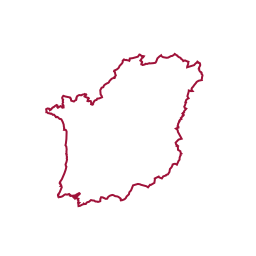 outline of Gorey Lea-6, Wexford, Ireland, rotated 150°
{"feature_id": "5873133B62102749120694", "entity_name": "Gorey Lea-6", "entity_type": "district", "adm_level": 2, "iso_a3": "IRL", "parent_name": "Ireland", "parent_adm1": "Wexford", "projection": "robinson", "projection_center": [-6.324, 52.694], "detail": "fine", "context": "isolated", "style": "outline", "palette": "rose", "viewbox_px": 256, "rotation_deg": 150, "n_neighbors": 0, "source": "geoboundaries", "source_scale": "gbopen_adm2", "svg_char_len": 5840}
<svg xmlns="http://www.w3.org/2000/svg" viewBox="0 0 256 256"><g transform="rotate(150 128 128)"><path d="M38.8,134.4L38.5,135.0L37.3,136.1L37.0,137.1L37.3,138.2L37.0,138.8L36.7,138.9L36.7,139.7L37.4,140.7L37.5,142.3L36.8,143.6L37.1,144.0L35.9,145.0L34.3,146.0L33.7,147.0L33.4,148.1L33.7,148.3L33.8,148.9L34.5,149.2L34.4,150.1L34.7,150.8L35.7,150.3L37.3,150.1L39.3,149.4L46.4,151.0L45.8,151.8L43.8,153.4L43.3,154.4L42.5,155.1L43.3,156.0L44.1,156.9L44.5,157.7L45.1,158.1L46.7,158.3L46.7,159.8L47.4,161.2L47.4,162.2L48.0,163.4L48.4,163.7L49.2,165.5L49.0,166.0L49.8,167.2L50.5,168.8L51.6,168.4L53.6,168.3L54.9,168.8L58.1,168.9L59.6,169.6L62.3,171.9L62.6,172.7L63.1,173.4L63.2,174.1L63.1,174.4L65.2,174.2L67.7,173.6L70.5,171.3L71.6,170.8L73.4,171.4L76.8,173.0L77.3,173.3L77.3,173.5L79.4,173.9L80.8,174.9L81.6,174.6L83.8,175.2L84.0,175.4L84.1,176.1L84.6,176.5L84.4,176.8L84.1,176.8L83.7,177.5L83.1,177.6L82.7,178.3L83.1,179.4L83.6,180.1L83.6,180.3L82.3,180.7L81.6,181.3L80.9,181.6L79.6,181.6L78.4,182.2L79.3,183.0L80.2,183.4L80.8,185.3L81.4,185.9L83.8,184.8L89.1,186.2L91.7,187.3L92.9,185.7L93.3,185.5L93.8,186.4L95.0,187.2L95.5,187.9L96.6,188.3L97.2,189.4L98.1,189.2L99.1,188.8L99.3,188.1L100.2,187.3L101.3,186.8L104.2,186.0L105.6,185.0L106.4,184.6L108.6,184.3L111.2,184.6L111.8,184.0L111.4,183.0L112.1,181.0L112.2,179.7L112.7,179.4L114.2,179.0L114.4,178.8L114.3,178.1L114.7,178.0L115.5,178.6L117.6,178.8L120.4,178.0L121.8,177.1L122.8,177.0L124.2,177.2L126.5,177.1L127.6,176.8L129.0,175.7L130.7,176.1L133.1,174.6L134.9,170.8L134.8,168.8L135.1,167.6L138.6,168.1L139.1,168.5L140.0,168.8L141.2,168.0L142.4,168.4L143.7,168.2L144.2,167.8L144.7,167.7L145.3,167.1L146.2,166.8L146.3,166.3L146.6,166.3L146.6,166.0L146.8,165.9L147.3,166.0L148.1,167.1L147.3,168.0L146.8,169.9L147.5,170.5L148.9,170.9L149.6,171.6L148.6,172.6L147.1,173.2L147.1,173.6L147.3,174.0L148.7,175.2L149.0,175.9L149.3,176.1L149.8,176.9L147.5,177.7L147.5,178.2L148.4,178.8L148.5,179.1L149.3,179.1L150.1,179.5L151.2,179.7L152.2,179.7L153.4,180.7L154.2,181.0L155.0,181.0L156.0,181.0L156.7,180.7L157.0,180.2L157.6,179.9L157.6,179.6L158.2,179.3L158.4,178.6L158.9,178.2L160.4,178.3L161.6,178.0L163.5,180.0L163.3,180.8L162.9,181.5L163.1,182.4L162.8,182.7L162.9,183.4L166.5,186.6L167.9,188.2L168.7,187.9L169.8,187.2L170.0,186.9L170.2,186.1L170.0,185.2L170.3,185.1L170.5,184.4L171.1,184.0L171.3,182.7L172.4,182.0L172.8,181.4L172.9,180.6L172.6,180.3L172.6,179.8L173.5,178.0L174.7,178.4L174.8,180.0L175.2,180.3L175.5,180.7L176.2,180.5L176.9,180.9L177.5,180.6L178.6,180.6L178.8,181.5L177.9,182.9L178.3,183.6L179.9,183.6L182.0,183.2L182.2,183.4L183.5,183.3L185.3,182.5L186.7,182.5L186.3,183.6L186.7,184.2L187.0,184.1L187.3,184.6L188.0,185.2L189.5,185.2L190.1,183.5L190.8,182.5L190.2,182.1L189.8,180.8L188.5,179.9L188.2,179.2L187.8,179.2L187.1,178.7L186.5,177.0L186.0,176.9L185.4,176.5L185.0,174.3L185.0,173.4L184.8,173.2L184.1,173.3L183.5,172.8L182.7,170.1L181.8,169.5L181.4,168.8L181.5,166.0L182.0,163.1L182.9,161.2L183.0,160.5L183.8,159.3L183.6,159.1L183.8,158.3L184.0,158.2L182.9,157.5L182.8,156.7L183.0,155.5L186.9,149.2L189.5,145.7L190.8,144.3L190.7,142.8L191.8,140.2L193.1,138.4L193.2,138.0L193.8,137.1L194.5,136.6L194.5,136.3L194.2,136.0L194.3,135.6L195.1,134.6L195.2,133.7L195.7,133.1L195.7,132.8L196.4,132.1L196.4,131.4L198.3,129.3L200.3,127.7L200.4,127.0L200.8,126.4L200.7,125.3L202.9,123.0L205.8,120.5L210.9,116.7L213.2,115.6L213.4,115.3L213.8,115.3L214.1,115.1L214.5,114.7L214.4,114.3L214.8,114.1L214.8,113.8L214.4,113.6L214.4,112.9L214.7,112.4L214.5,111.9L214.6,111.4L214.9,111.3L214.7,111.2L215.0,109.8L219.4,106.4L221.5,105.5L221.4,105.2L222.1,105.0L222.5,104.4L222.4,103.5L222.6,103.3L222.1,102.9L222.2,102.6L221.6,102.6L220.9,102.0L218.8,101.6L217.1,101.9L215.5,101.9L214.0,100.7L212.0,100.3L211.6,99.1L212.2,98.6L212.0,98.3L211.1,97.8L211.2,97.6L207.0,95.9L205.7,96.2L205.1,96.0L203.3,96.1L202.7,95.9L202.6,95.2L203.1,94.9L203.8,94.8L204.3,95.1L204.9,95.0L204.8,94.7L205.8,94.3L206.1,94.5L206.6,94.4L206.8,94.6L207.3,94.4L207.6,94.6L208.8,94.5L209.0,95.0L209.8,95.2L209.7,94.7L208.9,94.5L209.1,93.3L208.0,93.4L207.4,93.1L206.7,91.9L206.3,91.5L206.9,91.0L207.4,90.9L207.2,89.8L208.5,88.4L207.6,87.6L209.0,87.1L209.9,85.1L208.5,84.6L205.6,84.5L204.5,84.2L204.1,84.6L203.6,83.8L202.5,83.3L201.7,83.8L200.6,84.1L198.6,83.6L196.1,84.1L194.6,82.7L193.7,82.2L193.0,80.7L191.4,79.6L191.0,79.0L189.5,78.6L188.6,78.5L187.4,80.4L185.9,81.5L184.5,80.5L184.2,79.8L183.6,79.2L183.0,78.1L182.6,77.7L181.3,77.2L180.1,78.0L179.2,78.3L177.3,78.4L175.1,77.9L174.2,77.1L173.2,75.4L171.5,74.1L170.8,73.2L169.7,70.7L169.7,70.2L170.3,69.5L170.4,68.9L169.1,68.4L167.2,68.1L166.2,68.1L164.8,68.5L163.5,69.4L160.4,70.1L159.1,71.5L158.5,71.9L157.2,72.2L156.1,72.8L152.3,75.8L147.4,74.6L145.8,73.3L145.2,72.4L141.4,68.6L140.9,67.9L140.3,66.6L137.3,67.8L136.8,67.3L132.6,67.3L130.4,70.1L130.1,70.9L125.7,70.6L125.7,69.7L123.9,67.4L121.7,68.5L118.8,67.9L118.3,68.3L116.6,67.9L114.1,69.2L112.2,71.5L110.0,72.2L107.9,73.6L107.6,74.1L106.5,74.0L105.2,73.5L104.6,72.9L104.0,71.8L100.4,74.4L100.1,74.4L99.2,74.8L98.2,76.4L96.9,77.6L96.0,78.0L95.7,78.9L95.2,79.3L94.6,79.2L94.8,80.2L94.3,81.7L95.6,84.1L94.2,86.8L94.7,87.8L93.8,87.7L94.5,89.9L94.1,91.5L90.0,92.7L86.9,91.9L86.7,99.8L86.1,101.1L86.3,102.4L86.8,103.5L84.7,103.4L84.7,103.2L84.1,103.1L83.7,104.0L84.1,104.9L82.9,105.9L82.6,106.5L80.3,107.9L80.5,108.1L79.8,108.7L78.8,109.1L77.2,109.1L77.2,110.2L73.9,111.1L74.2,111.6L73.0,112.1L73.6,113.3L72.8,113.6L71.6,113.7L71.6,114.0L71.0,114.5L67.9,115.6L68.8,117.0L68.6,118.4L67.4,119.1L65.8,120.6L65.0,121.1L65.4,121.6L63.5,123.2L61.6,123.5L60.7,123.4L60.7,125.8L57.3,129.1L56.6,130.1L55.1,128.5L53.6,127.7L53.8,129.4L53.3,130.2L52.4,130.8L50.6,131.3L50.1,131.7L48.0,132.5L46.6,133.0L46.2,133.3L45.2,133.6L43.1,133.6L40.1,132.6L40.0,133.1L38.8,134.4Z" fill="none" stroke="#9f1239" stroke-width="2"/></g></svg>